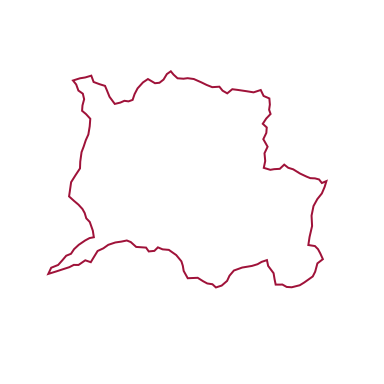 Votorantim, São Paulo, Brazil (Equal Earth projection), rotated 15°
{"feature_id": "56859067B56260207434009", "entity_name": "Votorantim", "entity_type": "district", "adm_level": 2, "iso_a3": "BRA", "parent_name": "Brazil", "parent_adm1": "São Paulo", "projection": "equal_earth", "projection_center": [-47.411, -23.585], "detail": "fine", "context": "isolated", "style": "outline", "palette": "rose", "viewbox_px": 384, "rotation_deg": 15, "n_neighbors": 0, "source": "geoboundaries", "source_scale": "gbopen_adm2", "svg_char_len": 2142}
<svg xmlns="http://www.w3.org/2000/svg" viewBox="0 0 384 384"><g transform="rotate(15 192 192)"><path d="M319.0,146.7L315.1,149.7L311.5,147.0L307.3,147.0L302.7,148.0L298.7,147.5L291.5,146.2L283.9,143.9L278.7,143.7L274.0,141.7L270.8,146.9L265.4,148.7L261.9,150.3L255.1,150.1L254.7,143.1L252.0,135.8L253.3,128.7L247.2,122.5L248.5,115.7L247.5,110.3L242.7,107.8L244.7,101.8L247.7,96.3L245.2,92.6L244.6,87.4L242.5,81.6L236.3,80.7L232.0,75.7L225.7,79.8L218.9,80.5L209.4,81.6L204.3,82.3L200.5,87.6L195.3,86.2L191.2,83.2L184.4,85.5L178.4,84.8L172.8,83.7L164.5,82.4L158.3,83.2L154.4,84.8L148.6,85.9L143.8,83.4L140.3,80.9L137.2,84.6L135.4,90.8L132.3,94.9L128.1,96.5L120.2,94.3L116.3,98.8L112.6,106.0L111.2,112.3L110.8,118.4L107.2,120.9L103.1,121.4L99.6,124.2L94.6,126.9L87.7,121.4L83.4,115.7L80.5,112.0L74.9,111.8L68.5,111.2L64.6,105.7L59.2,109.0L54.3,111.2L48.2,115.1L52.3,118.1L56.0,123.4L61.1,125.3L63.8,130.3L63.8,136.7L64.8,142.0L69.5,144.2L74.8,147.6L76.2,155.0L77.0,163.3L76.0,169.4L75.6,176.3L75.0,182.1L76.2,191.6L77.7,198.2L75.2,205.7L72.7,213.8L73.7,222.1L74.4,228.1L80.7,231.3L85.6,233.6L90.6,236.8L93.8,240.1L96.7,244.8L101.0,247.4L106.2,255.0L108.9,261.1L105.0,263.0L101.4,266.4L96.3,272.3L92.9,277.7L91.1,283.0L87.0,286.1L84.3,291.8L81.6,297.1L75.6,301.6L74.4,308.3L81.2,304.0L87.8,299.7L92.9,296.4L96.7,293.0L101.3,291.8L106.6,285.6L112.4,286.0L113.9,280.8L116.1,273.4L120.9,269.4L124.8,264.7L131.0,260.6L136.6,258.2L141.6,255.7L145.8,256.2L152.3,259.5L157.9,258.4L162.0,257.6L165.6,260.6L170.9,258.6L173.4,254.3L178.4,255.0L184.6,253.9L193.1,257.0L199.7,261.7L202.2,265.6L204.4,270.4L210.2,276.4L219.7,273.4L225.8,275.3L230.4,276.4L235.6,275.8L239.8,278.0L244.9,274.7L248.9,268.8L249.9,263.1L252.8,257.0L260.0,252.0L269.0,247.9L274.0,244.8L277.3,241.5L282.0,238.4L284.7,243.7L291.8,249.3L294.3,254.8L296.8,259.8L303.3,258.0L308.0,259.2L313.0,258.2L320.2,254.2L323.8,250.4L327.3,246.2L330.5,242.3L331.6,237.1L331.6,228.5L335.8,223.0L331.7,218.0L328.5,214.6L324.7,212.4L318.1,213.1L317.2,205.1L316.8,193.8L313.6,183.9L313.0,174.1L314.9,166.4L317.8,159.8L318.8,152.8L319.0,146.7Z" fill="none" stroke="#9f1239" stroke-width="2"/></g></svg>